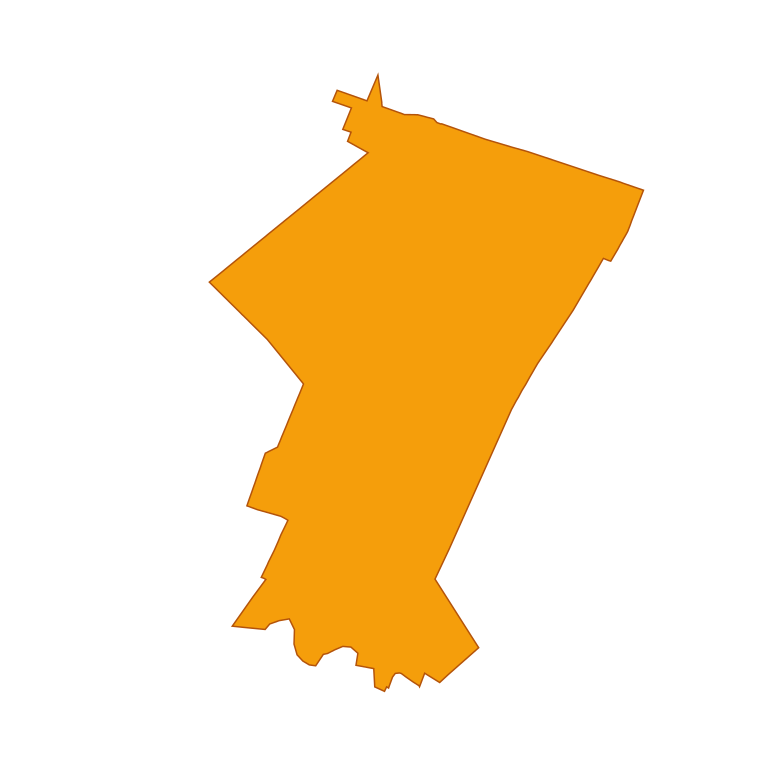 San Raymundo Jalpan, Oaxaca, Mexico (Equal Earth projection), rotated 16°
{"feature_id": "50627088B22735583754735", "entity_name": "San Raymundo Jalpan", "entity_type": "district", "adm_level": 2, "iso_a3": "MEX", "parent_name": "Mexico", "parent_adm1": "Oaxaca", "projection": "equal_earth", "projection_center": [-96.757, 16.981], "detail": "fine", "context": "isolated", "style": "filled", "palette": "amber", "viewbox_px": 768, "rotation_deg": 16, "n_neighbors": 0, "source": "geoboundaries", "source_scale": "gbopen_adm2", "svg_char_len": 3049}
<svg xmlns="http://www.w3.org/2000/svg" viewBox="0 0 768 768"><g transform="rotate(16 384 384)"><path d="M304.9,658.6L316.3,656.6L337.4,652.7L340.3,646.2L348.4,640.4L357.7,635.9L365.6,644.7L369.2,658.8L375.1,668.3L382.4,672.7L389.6,674.6L396.0,673.7L400.2,660.6L404.0,658.6L409.9,653.1L416.7,647.6L424.7,646.0L433.1,650.0L434.6,662.1L452.6,660.4L458.6,677.7L469.2,679.3L470.0,674.4L472.2,675.0L472.3,672.7L473.0,663.3L474.6,659.1L478.0,657.7L478.4,657.5L479.4,657.5L480.5,657.5L481.2,657.8L483.4,658.6L485.1,659.3L493.8,662.3L500.9,664.4L501.6,665.2L502.0,660.5L502.2,657.9L502.8,650.8L510.6,653.0L519.8,655.6L525.6,646.0L547.7,611.4L535.8,600.9L486.8,557.5L492.2,524.3L513.6,373.3L514.2,370.7L515.8,363.4L516.8,359.8L518.4,352.2L520.4,345.1L522.2,337.2L523.9,330.5L524.7,327.2L526.0,322.1L526.8,319.6L527.5,317.4L528.6,314.1L531.3,305.9L533.8,298.4L534.9,294.6L536.0,291.1L538.6,282.8L541.4,273.9L544.2,265.1L545.5,260.9L546.9,255.4L547.9,251.5L548.9,247.5L551.0,239.3L553.2,230.7L554.0,227.9L554.7,225.1L555.4,222.2L557.8,212.8L559.8,204.6L560.3,202.8L566.1,203.4L568.1,203.4L571.6,190.0L572.6,185.2L573.7,180.9L574.1,178.9L574.9,175.8L575.7,172.5L576.2,170.1L576.8,163.7L577.1,158.5L577.6,153.3L578.6,141.9L580.0,126.2L558.4,125.1L555.5,124.8L532.3,124.2L495.4,122.6L467.3,121.4L457.8,121.0L441.8,121.1L413.8,120.8L409.0,120.5L394.1,119.6L390.8,119.4L378.2,118.6L372.6,118.3L367.7,118.0L366.9,118.4L362.8,118.1L360.6,116.7L358.7,115.5L354.5,115.6L352.3,115.7L349.0,115.7L342.2,115.9L340.9,116.3L339.5,116.6L330.8,119.0L330.1,119.2L329.5,119.4L328.2,119.3L325.2,119.0L324.3,119.0L322.8,118.9L321.0,118.8L319.6,118.7L316.5,118.5L315.4,118.4L313.0,118.3L312.3,118.2L311.9,118.2L308.0,118.0L305.7,117.8L304.3,114.4L304.3,114.0L293.0,88.7L289.6,116.5L258.0,114.6L256.6,126.5L276.6,127.6L274.2,150.6L282.9,151.0L282.1,160.8L305.0,166.1L302.4,169.8L298.1,176.1L294.3,181.5L289.7,188.2L283.5,197.1L274.5,210.0L268.3,218.9L267.2,220.4L256.7,235.6L251.4,243.2L245.1,252.2L239.6,260.1L230.8,272.7L229.5,274.7L226.4,279.1L214.0,296.9L212.4,299.3L208.3,305.1L205.4,309.3L202.4,313.6L195.9,323.0L188.0,334.2L199.9,340.7L206.8,344.5L209.6,346.0L213.4,348.1L220.4,351.9L222.0,352.8L223.9,353.8L226.4,355.2L228.3,356.3L230.3,357.3L231.9,358.2L234.7,359.7L238.8,362.0L259.5,373.3L300.4,401.8L303.7,404.1L305.6,405.4L306.6,406.2L305.5,416.6L304.9,421.4L304.6,424.3L304.1,428.5L303.7,432.4L303.6,433.7L303.3,436.0L302.8,440.3L302.4,443.8L302.0,447.6L301.7,450.6L301.5,452.3L300.5,460.9L300.3,462.3L300.0,465.4L299.8,467.5L299.3,471.4L299.1,473.6L299.0,474.1L298.2,474.8L294.7,478.0L291.7,480.7L290.3,482.1L289.0,483.2L288.7,488.3L288.6,489.8L288.5,491.8L288.3,494.9L288.2,498.1L287.7,505.3L287.5,508.7L287.2,515.5L287.0,518.0L286.8,521.7L286.7,523.8L286.2,531.5L285.8,538.9L297.0,539.7L321.3,539.6L325.2,540.4L327.9,541.1L329.2,541.5L328.8,544.1L327.8,549.9L326.5,557.2L325.7,564.4L324.4,574.0L322.0,587.1L321.7,589.7L319.3,603.7L321.0,603.8L322.2,603.9L323.3,604.2L324.3,604.4L316.6,625.0L304.9,658.6Z" fill="#f59e0b" stroke="#b45309" stroke-width="1.5"/></g></svg>